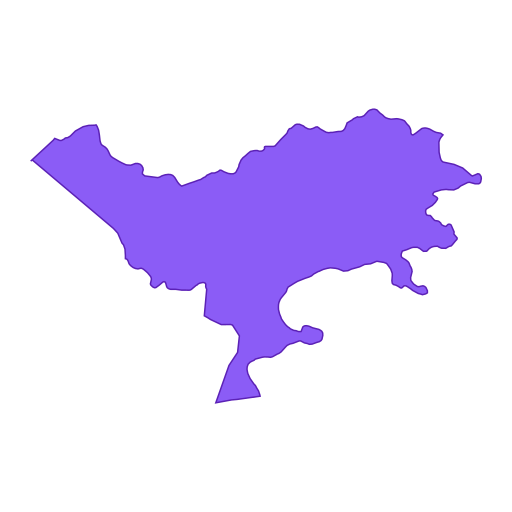 outline of Praslin, Praslin, Saint Lucia
{"feature_id": "8701671B17924499339223", "entity_name": "Praslin", "entity_type": "district", "adm_level": 2, "iso_a3": "LCA", "parent_name": "Saint Lucia", "parent_adm1": "Praslin", "projection": "mercator", "projection_center": [-60.894, 13.882], "detail": "fine", "context": "isolated", "style": "filled", "palette": "violet", "viewbox_px": 512, "rotation_deg": 0, "n_neighbors": 0, "source": "geoboundaries", "source_scale": "gbopen_adm2", "svg_char_len": 6101}
<svg xmlns="http://www.w3.org/2000/svg" viewBox="0 0 512 512"><path d="M260.1,396.2L259.8,394.8L258.5,390.9L256.8,388.2L255.4,385.5L253.9,384.0L250.1,378.6L247.8,373.5L247.2,370.6L247.0,369.2L247.2,366.8L248.1,364.2L250.1,362.2L252.1,361.1L254.0,360.3L255.3,359.1L262.4,357.2L264.5,356.9L268.0,357.0L270.6,357.3L272.6,356.7L277.4,354.0L278.8,353.5L281.1,351.9L285.7,346.8L287.1,345.4L289.9,344.0L293.0,343.3L299.2,340.9L300.6,340.9L304.4,342.9L307.3,343.5L309.3,344.3L312.1,344.1L317.1,342.3L319.3,341.7L321.1,340.5L322.0,339.1L322.8,335.4L322.7,333.0L321.8,331.3L320.5,330.3L318.9,329.4L312.6,327.8L309.5,326.4L308.2,326.0L306.2,325.7L304.8,325.8L303.6,326.3L302.8,327.0L301.1,331.5L300.5,331.6L298.2,331.5L296.1,330.7L293.8,330.4L290.3,328.8L289.4,327.9L287.5,326.6L285.5,324.6L283.3,321.7L281.4,318.8L280.9,317.2L279.6,314.1L278.5,309.7L278.4,307.1L278.5,304.6L278.8,303.1L278.8,302.8L280.2,299.4L281.3,297.8L285.6,292.6L286.2,291.7L286.6,290.7L287.1,288.9L288.2,287.0L289.4,286.3L294.3,283.2L297.6,281.3L305.1,278.3L309.0,277.0L311.5,275.9L313.7,274.0L318.3,271.5L319.2,271.3L321.0,270.4L323.3,269.4L327.0,268.4L330.3,267.8L335.5,268.3L338.2,268.9L343.5,271.1L347.9,270.7L351.4,269.1L359.7,266.8L364.6,264.4L370.6,263.8L376.4,261.4L377.2,261.3L383.8,262.4L386.5,263.4L386.8,263.7L388.2,265.5L390.7,269.1L392.2,273.2L392.3,275.5L391.9,280.7L392.2,282.9L392.3,283.3L393.4,284.5L396.0,285.2L398.3,286.4L400.2,287.7L401.0,288.0L401.6,288.0L402.3,287.5L404.2,285.8L405.8,285.8L407.5,286.7L408.7,287.5L410.4,288.6L412.6,290.4L418.3,293.5L420.8,294.1L422.4,294.7L425.6,293.9L426.7,293.3L427.4,292.8L427.4,290.7L425.9,287.5L424.6,286.4L423.0,285.8L420.8,286.2L418.9,286.7L417.3,286.5L413.6,284.0L411.0,280.7L410.8,280.3L410.6,277.6L412.1,271.5L411.9,270.4L411.8,269.4L410.9,267.1L410.2,266.1L409.0,263.0L408.0,261.7L405.8,259.9L402.4,257.8L401.5,256.9L401.2,256.2L401.2,254.1L402.3,251.1L406.7,249.7L411.8,247.6L413.6,247.3L417.4,247.3L419.8,248.5L423.0,251.0L423.6,251.3L426.7,251.2L429.2,248.6L431.4,247.2L433.3,246.6L434.4,246.4L437.5,246.2L438.9,247.1L441.4,248.2L445.8,248.3L448.3,246.8L449.4,246.3L451.2,245.9L452.0,245.1L452.8,244.2L455.3,241.1L456.9,239.4L457.1,238.8L457.1,237.9L454.0,234.2L453.9,234.0L454.1,231.9L451.2,225.2L450.9,224.8L449.8,224.2L448.6,224.2L447.9,224.5L446.1,226.3L445.7,226.4L443.8,225.9L441.9,224.9L441.3,224.3L440.7,223.0L438.9,221.4L437.9,221.0L434.9,220.5L434.4,220.2L432.0,217.6L431.5,216.7L430.2,215.5L427.9,215.4L426.7,214.9L426.1,213.9L425.8,213.1L425.6,210.8L426.2,209.2L428.6,207.6L432.3,205.4L435.4,202.3L437.2,199.7L437.6,198.7L437.3,197.9L437.0,197.5L435.3,196.3L433.6,195.4L433.1,194.9L432.8,194.0L433.9,192.3L434.4,192.0L441.3,189.9L446.1,189.4L448.5,189.7L453.8,189.9L458.1,188.1L460.6,186.0L467.7,182.5L469.6,182.3L475.1,183.8L478.7,183.8L479.3,183.5L480.3,182.7L480.7,181.8L481.2,179.2L481.3,178.3L481.0,176.4L479.7,174.4L479.1,174.0L477.8,173.7L474.6,175.1L472.3,176.0L471.2,175.3L462.7,168.0L454.1,164.4L443.4,162.1L443.0,162.0L441.6,160.8L441.0,159.8L440.3,157.8L439.1,152.3L438.9,143.4L438.9,142.0L439.8,139.3L440.8,137.6L443.0,134.9L441.2,133.6L440.6,133.2L436.6,132.5L435.7,132.2L433.6,131.3L429.7,129.1L427.6,128.4L425.7,128.0L424.3,128.0L422.1,128.4L421.3,128.9L415.5,133.4L413.3,134.8L412.6,134.9L411.8,134.6L411.3,134.0L411.0,133.3L410.8,132.5L410.8,130.3L410.3,128.7L409.5,127.0L408.9,126.0L406.7,123.7L404.9,121.3L404.2,120.7L403.1,120.2L401.9,119.7L398.4,118.9L396.6,118.7L391.0,119.2L388.1,118.6L385.9,117.8L384.5,116.9L382.6,115.0L379.9,113.0L376.9,109.9L374.7,109.2L372.9,109.2L369.8,110.1L368.2,111.2L364.1,115.7L361.6,116.8L358.8,117.2L357.5,116.8L353.5,118.7L352.2,119.9L347.1,122.9L346.3,125.2L344.8,128.7L343.2,130.5L341.3,131.4L338.1,131.5L332.6,132.4L330.8,132.4L328.8,132.7L328.2,132.6L326.3,132.3L323.5,130.8L320.1,128.9L318.8,127.8L317.4,126.9L315.9,127.0L313.0,128.4L310.2,129.2L307.9,128.8L305.0,127.3L303.5,126.0L299.6,124.3L296.9,124.2L295.3,124.7L291.2,128.3L289.8,128.6L289.2,128.9L287.9,130.9L287.1,133.0L286.0,134.3L280.8,139.5L275.1,145.9L273.6,146.4L265.6,146.4L264.7,146.7L264.4,147.2L264.6,148.5L264.2,149.3L263.1,150.4L261.6,151.1L259.3,151.2L257.1,150.5L254.5,150.6L250.5,151.4L247.9,153.5L245.4,155.8L243.0,157.7L241.1,160.0L239.1,164.5L238.7,166.8L236.3,171.5L236.1,171.9L235.1,172.9L234.3,173.3L233.5,173.7L232.6,173.8L230.6,173.8L228.1,173.4L224.0,171.8L221.3,170.3L220.0,170.1L218.2,171.5L216.2,172.4L214.5,173.0L211.7,173.0L206.8,175.3L205.4,176.8L203.6,177.6L200.7,179.5L198.6,180.1L193.7,181.9L189.7,183.2L181.7,186.1L180.6,185.4L179.0,183.9L177.5,182.0L174.7,177.4L172.7,175.4L170.7,174.6L168.3,174.4L165.2,174.8L162.0,175.8L159.4,177.2L157.7,177.6L144.7,175.9L142.4,173.9L142.5,172.0L143.2,169.9L142.9,167.8L141.6,165.5L140.0,164.2L137.8,163.5L135.4,163.5L130.8,165.2L127.4,165.0L126.0,164.8L121.7,162.8L118.7,161.2L112.8,157.7L111.1,156.4L110.0,154.9L108.3,151.2L107.1,149.1L105.4,147.3L102.1,145.2L101.0,143.9L100.3,141.7L100.0,140.5L99.4,135.1L98.6,130.2L97.2,126.6L96.4,125.3L96.1,124.9L94.7,125.2L88.6,125.4L83.1,126.7L75.4,131.0L70.4,136.0L67.8,137.6L65.3,138.0L64.2,139.0L61.6,140.4L60.0,140.5L54.7,138.4L53.3,140.2L30.7,161.1L32.2,159.9L113.4,228.4L117.8,233.2L122.0,243.1L123.5,244.8L125.0,249.1L125.4,255.5L125.4,258.7L126.6,259.0L127.5,259.9L128.1,261.0L128.9,263.3L129.5,264.4L131.2,266.1L133.3,267.6L135.5,268.5L138.0,268.9L140.4,268.3L141.6,268.3L142.7,268.8L143.8,269.5L145.7,271.1L147.6,272.8L150.0,275.7L150.7,276.7L151.2,277.8L151.4,279.1L151.2,280.3L150.4,283.9L150.8,285.0L152.6,286.8L153.6,287.4L154.8,287.8L156.0,287.5L159.0,285.3L162.8,282.1L164.0,281.6L164.8,282.0L165.1,282.0L165.7,283.1L166.7,286.7L167.3,287.7L168.3,288.5L169.4,289.0L170.6,289.3L175.6,289.3L181.7,290.1L185.4,290.1L189.1,290.2L190.3,290.0L191.4,289.4L196.1,285.4L197.2,284.9L198.1,284.0L199.2,283.4L200.4,283.0L202.8,282.5L204.0,282.6L205.1,283.1L205.8,284.1L205.7,286.6L206.0,287.8L206.7,289.2L204.3,315.8L207.9,317.8L210.5,319.5L221.3,324.6L230.7,324.5L232.5,325.1L239.4,335.9L237.6,352.4L229.0,365.4L215.8,402.8L231.6,399.9L237.2,399.4L260.1,396.2Z" fill="#8b5cf6" stroke="#5b21b6" stroke-width="1.5"/></svg>